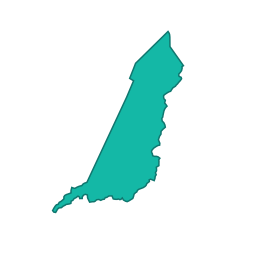 Satubinha, Maranhão, Brazil, rotated 200°
{"feature_id": "56859067B80125891953270", "entity_name": "Satubinha", "entity_type": "district", "adm_level": 2, "iso_a3": "BRA", "parent_name": "Brazil", "parent_adm1": "Maranhão", "projection": "robinson", "projection_center": [-45.262, -3.939], "detail": "fine", "context": "isolated", "style": "filled", "palette": "teal", "viewbox_px": 256, "rotation_deg": 200, "n_neighbors": 0, "source": "geoboundaries", "source_scale": "gbopen_adm2", "svg_char_len": 2140}
<svg xmlns="http://www.w3.org/2000/svg" viewBox="0 0 256 256"><g transform="rotate(200 128 128)"><path d="M91.4,80.2L91.3,82.3L89.6,85.0L90.4,86.6L89.3,87.6L87.6,87.6L85.4,87.5L85.4,89.7L85.9,91.9L85.5,93.7L86.9,95.3L86.6,97.6L87.2,99.3L88.0,100.8L86.1,103.2L86.9,105.4L87.4,107.0L88.2,108.7L87.7,110.5L89.9,111.2L91.5,111.1L93.4,110.4L95.3,110.4L96.3,112.1L97.7,113.5L98.0,115.0L97.0,117.8L95.5,119.9L93.9,121.8L92.4,122.7L92.9,124.6L94.4,126.2L95.4,127.4L95.5,129.6L95.5,131.2L94.9,133.5L95.8,136.2L94.8,138.6L93.2,141.5L94.4,143.5L96.1,145.2L98.2,146.2L99.5,148.5L99.1,150.1L99.5,152.1L99.9,155.0L100.1,156.6L99.9,158.9L99.5,160.3L98.8,161.9L100.6,163.2L102.1,164.0L102.4,166.9L104.3,167.8L105.2,169.4L105.6,170.8L104.7,172.4L103.3,174.3L102.0,175.9L100.5,177.1L100.1,179.1L99.5,181.2L97.7,183.5L97.3,185.0L96.6,186.3L96.0,188.2L95.1,190.3L94.5,192.6L95.4,193.8L96.9,193.9L98.1,194.3L98.7,196.1L97.9,198.0L97.3,200.2L97.6,202.8L98.3,204.2L97.2,205.5L116.4,218.8L119.8,227.8L120.8,229.9L121.7,231.1L123.4,232.4L143.0,191.4L143.1,185.5L143.4,175.2L142.0,174.9L138.9,174.3L139.8,156.5L140.2,152.0L148.0,63.0L149.0,62.0L150.1,61.2L151.2,59.7L151.7,58.0L152.9,57.3L154.1,56.4L155.8,54.8L157.2,53.1L159.0,52.9L160.5,52.9L160.2,50.0L159.4,47.5L160.5,46.5L161.8,45.4L163.1,44.4L164.3,43.0L164.7,41.5L164.0,39.4L165.7,36.3L167.2,34.6L167.5,32.5L169.0,31.3L169.6,29.9L170.2,27.4L170.6,24.6L169.0,23.6L167.1,23.9L166.7,25.9L166.5,27.5L165.6,29.2L163.3,30.4L162.1,32.5L160.8,33.8L160.0,35.0L158.9,35.6L157.3,36.5L155.9,37.6L156.4,39.9L155.1,41.1L154.5,43.2L153.0,44.8L151.7,46.9L150.2,46.6L149.2,45.2L146.9,46.1L147.4,47.6L146.8,49.8L145.4,51.1L143.3,51.2L142.1,48.6L140.6,47.0L138.7,45.2L136.3,46.5L134.7,47.1L133.7,48.2L133.0,49.8L130.9,50.9L128.9,50.7L127.4,52.2L125.9,53.0L125.5,54.9L124.2,55.5L122.8,57.5L121.2,58.2L119.8,58.7L118.8,57.6L117.6,56.3L115.8,56.6L113.9,57.2L112.8,58.0L111.3,57.9L110.2,58.5L109.5,60.3L107.7,58.8L105.3,58.4L103.6,58.5L102.2,59.9L100.3,62.3L99.4,63.4L99.4,66.0L99.7,67.8L98.8,69.8L97.9,70.9L97.8,72.6L96.9,74.1L95.1,75.6L93.3,77.2L92.0,78.9L91.4,80.2Z" fill="#14b8a6" stroke="#0f766e" stroke-width="1.5"/></g></svg>